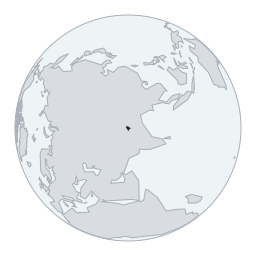 globe centered on Dhawalagiri, rotated 276°
{"feature_id": "NPL-1125", "entity_name": "Dhawalagiri", "entity_type": "Administrative Zone", "adm_level": 1, "iso_a3": "NPL", "parent_name": "Nepal", "parent_adm1": "", "projection": "orthographic", "projection_center": [83.63, 28.648], "detail": "fine", "context": "on_globe", "style": "filled", "palette": "slate", "viewbox_px": 256, "rotation_deg": 276, "n_neighbors": 0, "source": "natural_earth", "source_scale": "10m", "svg_char_len": 10845}
<svg xmlns="http://www.w3.org/2000/svg" viewBox="0 0 256 256"><g transform="rotate(276 128 128)"><circle cx="128" cy="128" r="113" fill="#eef3f6" stroke="#a8b0b8"/><path d="M164.6,21.5L164.4,21.5L170.4,25.0L175.5,27.4L171.9,26.1L183.7,31.9L189.0,36.1L181.0,30.7L178.7,29.7L181.3,32.0L179.5,31.5L179.8,32.4L177.4,31.7L172.9,29.0L171.3,28.6L173.2,30.3L172.1,31.0L169.4,28.5L167.1,29.4L159.2,25.8L154.1,20.9L147.8,19.5L137.4,16.5L136.4,16.7L131.8,16.1L128.9,16.3L127.8,16.0L126.5,16.4L128.1,16.7L128.0,17.0L126.5,17.2L124.8,16.8L125.3,16.6L124.0,16.6L123.8,16.3L123.0,16.6L121.2,16.2L120.7,16.9L117.3,17.0L116.7,16.6L119.8,16.2L125.5,15.4L133.5,15.5L141.4,16.2L149.2,17.4L157.0,19.1L164.6,21.5ZM109.7,16.9L111.6,16.6L108.0,17.3L103.4,18.2L101.6,18.5L99.5,19.0L98.6,19.4L92.8,21.0L101.1,18.6L109.7,16.9ZM179.5,29.4L177.9,28.3L180.1,29.6L179.5,29.4ZM180.2,32.7L181.3,33.2L180.9,33.5L180.2,32.7ZM113.4,16.4L112.5,16.5L112.6,16.4L113.4,16.4ZM115.2,16.2L115.9,16.0L116.8,16.0L116.4,16.0L115.2,16.2ZM177.0,32.8L176.1,33.3L176.2,32.3L177.0,32.8ZM114.0,16.4L118.4,15.8L120.0,15.7L119.6,16.1L114.0,16.4ZM175.2,33.2L173.2,34.7L175.3,35.9L168.2,33.6L172.2,32.9L172.0,31.5L173.5,32.7L175.2,33.2ZM129.2,16.7L127.5,16.4L130.4,16.5L129.2,16.7ZM131.1,16.7L140.0,17.1L141.8,17.9L138.5,17.5L141.9,18.5L138.4,18.6L135.7,18.1L135.3,17.5L134.3,18.1L131.1,16.7ZM164.5,32.2L163.4,32.3L163.7,31.7L164.5,32.2ZM128.2,17.2L129.9,17.1L131.5,17.7L128.6,18.0L129.0,17.7L128.2,17.2ZM144.6,18.8L145.3,19.4L142.6,19.7L142.6,20.0L138.5,18.7L144.6,18.8ZM127.8,17.7L127.0,18.2L124.8,18.1L126.7,17.3L127.8,17.7ZM133.2,17.8L133.9,18.1L132.5,18.0L133.2,17.8ZM116.6,18.6L118.5,18.3L119.5,18.5L116.6,18.6ZM126.8,18.4L127.6,18.4L128.2,18.5L127.3,18.9L126.8,18.4ZM136.9,19.1L135.7,19.1L138.5,19.6L136.6,20.0L134.2,19.1L134.5,19.6L133.9,19.8L132.6,18.9L136.9,19.1ZM128.2,19.6L124.5,18.9L120.7,19.3L119.7,19.1L126.0,18.5L128.2,19.6ZM130.9,19.3L129.0,19.4L128.6,18.9L129.8,18.5L130.9,19.3ZM136.2,20.6L139.7,20.2L140.1,20.4L136.2,20.6ZM127.1,19.8L128.0,20.0L126.9,19.9L127.1,19.8ZM133.5,20.4L134.6,20.2L135.1,20.4L133.5,20.4ZM128.9,20.6L127.7,20.3L128.4,20.0L128.9,20.6ZM131.0,20.6L131.3,21.0L129.4,20.0L131.5,20.4L131.0,20.6ZM133.7,20.7L134.3,20.7L133.1,20.7L133.7,20.7ZM126.8,22.1L124.2,21.0L125.8,20.3L128.1,21.4L126.8,22.1ZM22.3,89.1L22.5,88.6L25.3,81.9L36.6,70.6L36.2,74.3L41.9,79.8L42.1,81.6L38.3,85.9L40.2,98.2L44.4,95.6L49.1,104.1L54.2,107.0L61.4,98.3L53.1,93.2L54.7,87.6L63.8,87.6L71.5,92.5L72.4,90.5L70.0,83.8L74.4,81.5L69.5,81.2L69.6,83.8L66.5,83.8L66.3,81.5L67.9,80.7L66.3,78.6L59.3,83.4L58.6,86.5L52.8,84.1L51.1,89.3L48.6,90.3L50.6,82.1L52.4,79.8L53.9,69.8L51.5,71.8L49.9,81.6L49.2,80.1L46.0,83.4L47.9,79.7L50.3,69.0L46.8,67.0L37.9,72.1L36.8,70.7L38.0,66.8L45.8,58.5L47.3,62.7L50.1,60.3L53.7,54.9L53.8,56.8L55.5,55.2L56.4,56.8L61.6,55.2L63.2,56.5L68.9,52.5L70.5,52.8L66.6,55.0L64.8,57.5L69.1,61.4L71.0,61.1L74.4,58.3L75.2,60.0L77.9,56.8L82.2,58.0L79.2,54.1L83.1,51.2L87.7,50.3L88.4,48.8L81.0,50.3L78.5,51.6L77.1,53.8L69.9,57.4L67.6,56.8L73.2,50.7L70.6,49.5L76.1,45.7L92.9,43.3L98.1,44.3L98.8,51.9L95.5,53.2L93.6,50.9L91.9,55.6L93.7,53.9L94.3,55.5L98.2,53.5L98.8,54.5L101.4,51.1L102.7,52.1L101.0,54.3L107.7,52.7L111.3,54.5L112.5,53.7L112.8,52.3L117.0,55.7L117.8,55.0L116.6,53.6L117.3,51.3L120.2,48.8L121.5,50.1L120.7,51.2L120.8,55.7L118.3,58.7L119.2,59.0L121.6,56.7L121.5,51.2L122.8,49.3L123.4,51.8L123.3,50.7L124.4,50.2L126.7,51.0L126.3,48.3L136.5,42.2L142.0,43.5L141.4,46.2L149.9,44.3L155.4,46.6L154.3,45.2L157.7,43.8L156.0,43.0L155.8,42.3L163.7,39.1L166.6,39.6L168.8,37.3L168.3,36.7L166.3,36.1L168.2,33.6L175.3,35.9L176.2,37.2L180.1,38.0L181.5,41.0L184.4,44.1L183.7,47.3L186.1,49.7L187.3,49.8L191.5,53.4L195.8,61.0L186.8,54.3L179.3,44.2L181.9,48.1L179.6,47.2L179.5,48.7L181.5,51.6L182.8,52.0L177.4,57.7L178.9,66.7L182.8,65.4L186.3,67.5L191.4,78.1L188.0,94.7L192.7,98.9L193.7,102.2L191.2,104.8L189.7,100.1L186.2,99.0L185.8,96.1L181.3,99.3L180.4,95.4L177.3,100.0L179.7,102.9L183.9,101.3L181.7,107.5L187.4,112.1L189.2,118.7L183.4,131.8L175.9,136.7L175.6,138.8L172.0,136.9L168.1,141.6L175.5,152.4L175.6,155.7L168.9,162.9L168.6,160.5L159.1,155.5L157.9,163.5L165.1,169.2L167.6,176.3L162.3,174.6L159.7,168.3L156.3,166.3L156.8,159.5L153.2,149.4L147.8,151.7L147.9,147.5L142.1,139.1L134.1,141.9L121.8,152.8L120.7,163.2L116.2,167.5L109.0,151.9L108.0,141.4L104.0,141.9L97.8,132.1L83.2,128.7L82.3,125.7L79.3,126.2L75.1,122.2L74.2,117.3L71.1,116.6L73.7,129.7L77.2,130.4L81.8,127.1L81.7,131.4L85.9,136.2L76.9,144.1L57.1,146.7L57.3,138.5L53.0,112.8L54.3,110.6L54.3,110.3L54.4,109.8L51.9,113.1L51.9,108.1L51.9,125.3L51.0,131.9L56.8,147.0L55.8,147.9L58.3,151.3L68.8,151.9L68.4,154.5L62.1,164.4L49.4,174.5L52.3,185.2L53.4,193.0L48.2,194.9L51.4,201.3L49.1,201.5L50.7,204.7L50.4,206.6L48.9,207.0L43.3,202.2L40.8,199.0L34.7,190.7L25.4,172.4L24.5,166.7L23.1,160.6L19.3,144.0L20.0,137.7L19.5,133.6L18.2,132.1L18.0,127.2L17.4,125.7L15.7,119.0L16.0,116.4L17.3,107.1L19.4,98.0L22.3,89.1ZM29.4,78.4L28.3,80.2L29.4,78.4ZM77.5,103.0L83.5,105.6L84.5,98.4L86.9,98.9L86.3,96.4L84.5,97.9L83.7,91.3L87.7,90.5L88.8,87.7L86.8,86.7L79.8,89.3L80.9,98.6L77.9,100.6L77.5,103.0ZM63.6,46.2L62.7,47.9L60.5,49.1L58.5,48.2L61.7,46.3L63.6,46.2ZM61.9,49.9L68.0,44.6L69.5,45.2L67.6,45.7L68.0,46.7L65.1,47.8L60.5,53.9L58.2,55.5L55.8,52.5L57.9,52.5L58.7,50.8L61.9,49.9ZM81.1,32.7L83.8,31.1L83.5,34.3L81.0,35.5L78.9,34.4L80.6,32.5L81.1,32.7ZM112.4,17.4L113.5,17.1L113.9,17.2L113.4,17.4L112.4,17.4ZM117.4,18.4L108.4,18.9L109.1,18.5L102.9,19.6L102.5,19.2L106.5,18.4L101.5,19.0L104.9,18.2L101.3,18.8L110.3,17.2L113.2,16.6L110.2,17.3L110.5,17.7L111.5,17.7L116.6,17.5L122.9,16.9L124.3,17.5L123.6,18.0L122.3,18.3L121.8,17.8L120.3,18.4L118.7,17.9L117.4,18.4ZM114.2,28.2L114.2,26.9L111.0,29.5L109.3,28.4L109.1,28.8L106.6,28.6L103.2,29.1L102.9,28.5L101.7,29.0L100.0,29.0L98.3,29.6L97.1,28.7L94.9,29.4L95.6,28.6L92.0,30.0L94.1,28.6L92.2,28.7L91.2,30.0L89.0,25.7L86.4,25.4L83.2,26.1L87.2,24.1L92.8,22.4L98.6,21.4L100.4,22.2L101.9,21.3L103.2,21.5L101.5,22.1L105.0,21.3L105.6,21.6L110.7,21.6L115.3,20.6L117.3,20.7L115.8,21.3L118.9,21.0L117.4,22.3L118.8,22.5L118.8,24.1L115.2,25.4L117.0,25.5L117.1,26.9L114.2,28.2ZM126.7,22.5L122.7,24.0L119.8,24.3L121.0,21.4L120.0,21.1L120.7,19.6L124.8,19.4L124.3,19.8L124.7,20.1L123.2,20.1L124.7,20.4L123.9,21.1L124.9,21.6L123.3,21.9L126.7,22.5ZM44.2,80.8L44.7,81.7L45.9,82.6L43.9,84.9L44.2,80.8ZM45.6,73.4L46.4,73.8L44.1,77.1L43.6,76.3L45.6,73.4ZM48.7,71.3L46.6,73.6L47.4,71.8L48.7,71.3ZM67.5,55.3L68.5,55.6L67.9,56.4L66.4,57.1L67.5,55.3ZM104.4,36.7L104.9,35.6L105.7,35.5L108.6,33.6L110.1,34.3L108.9,35.8L104.4,36.7ZM58.9,99.1L56.3,100.1L56.0,98.7L57.0,98.7L58.9,99.1ZM48.8,92.3L50.2,95.1L48.3,92.9L48.8,92.3ZM106.6,37.2L107.6,36.2L107.7,37.2L106.6,37.2ZM111.4,34.8L111.8,35.8L110.7,34.2L111.4,34.8ZM109.1,236.7L111.2,237.4L109.3,237.2L109.1,236.7ZM68.6,197.6L67.2,209.0L62.9,207.5L60.4,203.3L59.7,195.8L64.0,195.2L65.7,192.2L68.6,197.6ZM192.2,187.9L195.0,187.5L194.8,188.0L192.2,187.9ZM189.4,187.1L192.7,186.4L188.8,188.2L189.4,187.1ZM193.9,186.2L197.2,184.4L198.6,183.3L198.3,184.3L193.9,186.2ZM187.2,187.7L174.5,190.0L169.4,189.6L170.7,187.8L179.0,186.9L187.2,187.7ZM170.3,187.8L162.3,184.2L150.7,171.2L154.9,171.2L166.9,178.5L166.2,180.0L171.0,183.1L170.3,187.8ZM189.2,175.9L188.4,180.3L181.5,181.4L178.4,181.3L176.2,176.1L177.4,173.0L180.1,172.7L189.7,160.8L193.2,162.4L190.4,167.3L193.2,170.5L189.2,175.9ZM121.3,164.2L124.1,170.5L121.6,171.3L121.3,164.2ZM193.2,152.8L189.6,158.1L192.7,151.4L193.2,152.8ZM194.8,146.7L195.2,148.9L193.5,147.1L194.8,146.7ZM176.0,142.0L173.2,143.0L172.9,141.4L176.3,139.2L176.0,142.0ZM190.5,124.3L191.3,129.2L191.0,131.0L189.4,128.3L190.5,124.3ZM120.9,44.4L115.1,46.1L111.9,48.2L111.6,50.7L109.5,48.1L114.4,44.8L120.9,44.4ZM134.4,42.2L134.6,40.3L136.2,40.9L136.3,41.4L134.4,42.2ZM133.4,41.3L130.5,39.5L131.7,38.3L133.7,39.9L133.4,41.3ZM118.3,37.8L116.5,38.2L116.5,37.4L118.3,37.8ZM202.3,212.6L202.8,212.2L203.3,211.8L202.3,212.6ZM207.8,207.5L205.7,209.5L206.0,209.1L204.0,211.0L202.4,212.1L203.8,209.7L201.6,211.5L204.7,208.2L201.2,211.6L201.4,210.1L199.0,210.6L180.1,221.3L176.5,221.7L178.7,219.4L178.1,213.6L179.4,213.5L180.2,209.0L192.2,201.8L201.1,191.2L206.3,189.8L211.1,182.0L215.9,180.2L213.6,185.8L217.6,186.4L222.8,173.7L222.7,183.5L223.9,185.1L221.3,190.9L212.8,202.1L207.8,207.5ZM236.2,157.5L236.5,156.6L236.5,156.9L236.2,157.5ZM199.0,186.4L203.0,182.0L205.0,181.1L199.0,186.4ZM236.2,156.7L235.8,157.4L235.9,156.7L236.2,156.7ZM236.5,155.2L236.6,154.4L236.5,156.0L236.5,155.2ZM235.8,154.7L236.2,155.3L235.7,155.0L235.8,154.7ZM235.3,155.5L234.9,155.4L235.0,155.1L235.3,155.5ZM228.0,163.6L230.0,166.8L227.9,168.5L225.8,167.0L223.3,171.5L218.1,173.9L219.6,171.3L219.1,168.7L213.2,170.2L212.1,168.7L214.3,166.5L210.2,166.5L214.7,163.8L216.4,167.1L218.9,162.8L222.8,161.6L226.2,160.8L228.7,162.0L228.0,163.6ZM214.4,172.7L215.1,172.4L214.4,173.9L214.4,172.7ZM234.0,154.5L234.7,155.5L234.5,156.1L234.1,156.2L234.0,154.5ZM229.3,160.9L232.1,155.4L232.7,155.0L230.8,160.2L229.3,160.9ZM231.6,153.8L232.7,153.3L233.2,154.6L232.9,155.3L231.6,153.8ZM205.2,172.6L205.0,173.8L203.8,173.3L205.2,172.6ZM206.9,171.4L210.5,171.3L206.5,172.5L206.9,171.4ZM195.1,171.0L196.2,173.4L200.0,170.6L197.1,173.9L199.5,177.6L198.5,179.5L196.3,175.4L195.2,180.6L193.5,180.9L192.8,176.9L194.5,171.3L196.2,168.7L202.8,165.9L195.1,171.0ZM206.9,168.1L205.9,165.2L206.6,162.9L207.7,164.2L206.9,168.1ZM202.7,158.5L199.7,155.5L197.2,157.7L202.0,150.9L204.1,154.9L202.7,158.5ZM199.8,150.9L197.5,152.8L199.7,149.1L199.8,150.9ZM196.8,151.7L196.2,149.1L198.2,149.0L196.8,151.7ZM201.0,150.6L201.0,146.0L202.2,148.4L201.0,150.6ZM194.8,143.4L199.3,146.7L193.8,146.2L192.4,137.5L194.7,136.7L194.8,143.4ZM199.9,104.2L198.7,101.8L200.5,100.6L200.8,102.6L199.9,104.2ZM204.9,95.4L200.5,99.6L196.8,103.3L198.5,104.0L198.7,108.6L195.5,105.2L197.3,99.6L200.3,97.6L199.6,93.9L201.2,90.7L199.2,86.5L199.5,84.3L202.3,87.6L204.9,95.4ZM198.1,84.8L195.1,77.3L198.9,77.2L200.4,78.8L200.2,82.2L198.2,82.0L198.1,84.8ZM195.5,75.5L193.6,75.4L185.1,65.8L184.3,63.9L192.7,70.6L191.3,70.9L192.7,73.4L195.5,75.5ZM164.3,32.9L163.5,32.3L164.8,32.7L164.3,32.9ZM154.8,41.9L154.7,40.9L156.2,41.2L154.8,41.9ZM155.2,38.5L153.6,38.8L154.7,37.9L155.2,38.5ZM150.1,39.8L152.7,38.7L151.0,40.6L150.1,39.8Z" fill="#d9dde1" stroke="#a8b0b8" stroke-width="1"/><path d="M128.5,126.7L128.6,126.8L128.8,126.8L128.9,127.0L129.0,127.2L129.0,127.3L129.0,127.5L128.9,127.5L128.7,127.6L128.4,127.8L128.4,128.0L128.3,128.3L128.2,128.3L128.2,128.5L128.3,128.8L128.2,128.9L128.2,129.0L127.9,129.3L127.9,129.2L127.7,129.0L127.5,128.9L127.4,128.9L127.2,128.8L127.1,128.7L126.8,128.5L126.8,128.4L126.7,128.4L126.8,128.3L126.7,128.3L126.8,128.2L127.0,128.0L127.1,127.9L127.3,127.8L127.5,127.8L127.7,127.7L127.8,127.7L127.9,127.4L128.0,127.4L128.0,127.2L128.1,126.9L128.3,126.8L128.5,126.7L128.5,126.7Z" fill="#64748b" stroke="#1e293b" stroke-width="1.5"/></g></svg>